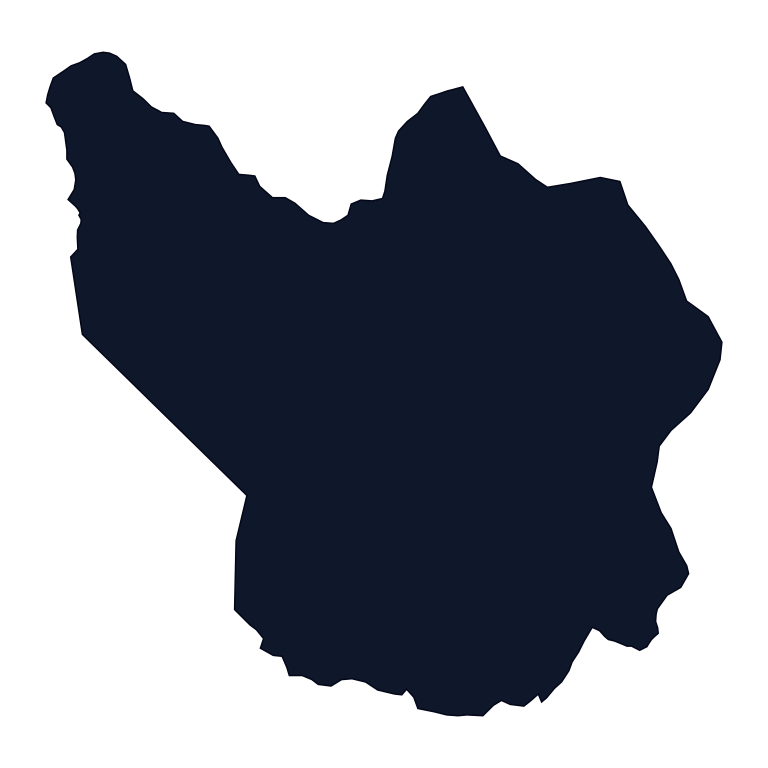 the district of Ulu Selangor, Selangor, Malaysia
{"feature_id": "92858781B525446054982", "entity_name": "Ulu Selangor", "entity_type": "district", "adm_level": 2, "iso_a3": "MYS", "parent_name": "Malaysia", "parent_adm1": "Selangor", "projection": "orthographic", "projection_center": [101.562, 3.564], "detail": "fine", "context": "isolated", "style": "filled", "palette": "ink", "viewbox_px": 768, "rotation_deg": 0, "n_neighbors": 0, "source": "geoboundaries", "source_scale": "gbopen_adm2", "svg_char_len": 2132}
<svg xmlns="http://www.w3.org/2000/svg" viewBox="0 0 768 768"><path d="M68.1,199.5L75.3,206.0L77.6,208.6L80.2,212.9L78.9,215.2L81.2,219.4L80.9,223.4L79.6,226.0L77.6,230.0L77.3,237.5L77.9,249.3L70.7,257.0L82.4,334.4L246.9,495.5L236.1,540.8L234.6,609.6L250.0,624.9L256.4,629.7L263.6,638.6L260.4,648.2L273.3,655.4L282.1,656.3L286.9,667.5L289.3,675.5L302.2,675.5L311.8,679.5L318.2,684.4L331.1,686.0L341.5,679.6L352.0,678.7L365.6,682.0L377.7,690.0L394.6,694.0L401.8,694.8L406.6,689.2L413.8,697.2L417.9,708.5L433.9,711.7L446.8,714.9L458.0,715.7L466.9,714.9L482.9,715.7L493.4,705.3L501.4,700.4L510.2,704.4L523.9,706.1L531.1,700.4L538.3,694.0L541.6,702.0L546.4,698.0L554.4,688.4L561.6,681.9L568.9,670.7L572.1,661.9L578.5,652.2L584.1,641.0L592.2,627.3L599.6,630.7L604.7,636.4L608.3,639.5L614.5,641.0L622.2,644.1L626.8,646.1L631.5,646.1L639.7,650.3L646.2,647.0L646.9,646.7L648.4,644.1L651.5,639.5L654.1,636.9L658.2,633.3L657.7,628.1L655.6,621.5L656.1,614.3L657.3,608.9L667.1,595.2L680.8,587.3L688.6,573.6L686.7,565.7L678.8,552.0L671.0,528.5L661.2,512.8L651.4,487.3L657.2,461.8L659.2,446.1L671.0,430.4L690.6,412.8L708.2,389.3L720.0,359.8L721.9,342.2L710.5,321.1L708.2,316.7L686.6,301.0L678.8,279.5L670.9,263.8L659.2,246.1L645.4,226.5L627.8,205.0L619.9,181.5L600.3,177.5L570.9,183.4L547.4,187.3L535.6,179.5L518.0,163.8L500.3,156.0L484.7,126.6L462.8,86.9L447.5,90.9L430.7,96.5L424.3,104.5L417.8,113.4L407.4,121.4L398.6,131.0L395.4,138.2L392.1,156.7L387.3,175.2L384.9,191.2L382.5,198.5L372.1,200.9L360.8,200.1L351.2,204.1L348.0,215.3L340.8,220.1L333.5,223.4L323.1,222.6L308.6,215.3L295.0,203.3L285.3,197.7L272.5,197.7L259.7,186.4L254.8,176.0L248.4,175.2L238.8,174.4L230.7,162.3L221.9,147.1L217.9,138.2L209.1,126.2L204.3,125.4L195.4,124.6L182.6,121.4L173.7,113.3L161.7,112.5L151.3,106.9L143.2,98.9L132.8,90.8L129.6,78.0L125.6,64.4L116.7,56.3L109.5,53.1L103.1,52.3L94.3,53.9L87.0,58.7L79.8,62.7L71.0,65.9L62.9,71.6L53.3,78.0L50.1,86.8L47.7,94.8L46.1,102.9L50.9,107.7L54.1,116.5L57.3,124.6L61.3,127.0L64.5,132.6L66.9,150.3L66.9,159.1L72.6,167.1L75.0,173.5L75.8,180.0L74.2,189.6L68.1,199.5Z" fill="#0f172a" stroke="#020617" stroke-width="1.5"/></svg>